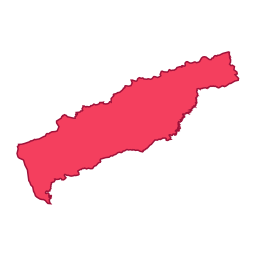 outline of Almeirim, Pará, Brazil, rotated 89°
{"feature_id": "56859067B32800664380983", "entity_name": "Almeirim", "entity_type": "district", "adm_level": 2, "iso_a3": "BRA", "parent_name": "Brazil", "parent_adm1": "Pará", "projection": "equal_earth", "projection_center": [-53.769, 0.405], "detail": "fine", "context": "isolated", "style": "filled", "palette": "rose", "viewbox_px": 256, "rotation_deg": 89, "n_neighbors": 0, "source": "geoboundaries", "source_scale": "gbopen_adm2", "svg_char_len": 5759}
<svg xmlns="http://www.w3.org/2000/svg" viewBox="0 0 256 256"><g transform="rotate(89 128 128)"><path d="M85.7,129.6L86.1,130.4L87.5,130.4L87.9,130.8L88.1,131.8L88.8,132.0L90.1,133.1L92.2,135.8L92.5,137.9L93.3,138.9L94.0,141.8L94.7,142.1L95.5,141.6L98.2,144.3L101.9,144.4L101.4,145.4L101.5,145.9L103.0,146.9L103.4,148.2L103.6,150.0L103.2,152.2L102.6,152.5L101.8,152.2L102.1,153.5L102.0,154.0L102.3,154.3L101.9,155.5L102.2,155.9L103.1,156.1L103.5,157.1L104.0,157.8L104.3,160.0L103.5,161.7L104.7,163.1L105.0,163.8L105.0,164.8L105.9,165.4L106.2,166.8L105.8,168.8L106.1,169.2L106.1,170.2L105.3,171.3L105.2,172.6L106.2,172.6L108.0,173.6L109.5,173.0L110.0,173.5L110.2,175.0L111.3,175.9L111.6,179.2L112.4,178.3L113.6,178.5L113.1,179.9L113.4,180.1L114.9,179.6L115.4,179.9L115.7,180.7L117.3,180.7L117.2,182.4L115.7,188.4L114.3,189.6L114.3,190.0L113.6,191.1L114.4,193.0L114.9,192.9L115.3,193.9L117.0,194.6L119.8,199.3L121.7,199.3L125.5,197.0L129.6,198.8L130.2,200.4L130.5,204.2L131.5,206.2L132.2,207.0L132.2,209.2L132.9,210.0L134.6,210.7L135.1,212.4L137.4,217.0L138.0,220.8L137.8,221.8L138.6,222.8L139.2,224.8L139.3,225.8L140.0,226.5L141.6,231.4L142.4,234.6L142.5,237.7L143.7,237.5L144.5,238.8L146.9,238.2L151.6,239.4L154.3,238.7L155.4,238.2L156.3,237.1L157.9,233.5L158.6,232.9L163.2,231.7L168.1,229.3L178.9,228.1L180.5,227.1L183.2,226.2L185.2,224.3L189.7,223.5L191.6,222.5L194.2,221.7L195.6,220.2L197.5,217.2L198.0,215.3L198.1,213.6L199.1,211.9L200.8,210.6L202.0,209.4L202.3,206.7L201.1,207.6L198.2,208.0L196.7,206.3L195.9,208.0L195.6,208.2L195.2,207.7L195.2,206.0L194.5,205.8L194.1,206.1L194.4,207.6L194.2,208.3L192.8,208.1L191.8,208.6L191.5,209.2L192.1,210.7L191.8,211.5L191.2,211.6L190.2,211.2L189.7,210.7L189.9,208.9L189.4,207.1L188.3,207.2L187.3,206.2L185.5,206.4L184.9,206.0L183.6,206.1L182.5,205.5L181.3,205.5L180.4,202.8L178.8,201.8L177.8,202.2L177.7,201.7L178.1,200.9L178.2,200.0L178.0,197.8L177.4,197.0L177.3,196.3L177.7,195.5L178.6,195.1L178.7,193.3L178.0,192.2L176.7,190.9L176.2,191.5L174.4,192.4L173.5,192.3L173.3,192.0L173.5,191.2L174.3,189.9L174.2,188.6L174.9,186.7L175.1,185.5L174.9,183.9L174.4,182.4L174.6,181.8L174.5,180.5L174.0,178.4L173.5,177.8L171.7,178.1L170.7,178.9L170.1,178.9L168.6,176.3L168.7,175.4L168.1,174.9L167.6,173.9L167.8,172.9L167.3,172.0L168.2,170.2L167.5,168.3L168.1,165.9L167.9,164.1L165.9,162.7L165.4,162.0L165.1,160.7L162.3,158.1L161.7,156.3L160.7,155.9L159.7,156.5L158.6,155.9L157.2,150.8L156.9,147.4L155.5,145.6L155.7,143.8L155.0,143.3L154.1,140.6L152.5,138.7L152.1,136.8L152.5,135.3L151.9,134.0L151.0,133.3L150.8,131.8L149.5,129.6L149.5,129.2L150.0,128.1L149.7,125.9L150.2,124.2L149.7,123.5L150.1,122.4L149.9,122.0L150.5,121.0L150.3,119.3L150.5,118.0L151.5,116.3L152.1,113.8L151.4,113.1L150.8,113.3L150.1,111.5L149.1,110.5L148.9,109.5L148.3,109.2L148.0,108.6L145.7,106.6L144.7,104.9L140.5,101.3L140.6,98.6L139.9,97.7L139.8,96.7L140.1,96.0L139.6,95.2L139.6,94.6L138.8,93.7L138.7,91.2L138.9,90.4L139.5,89.9L140.5,90.2L141.0,89.6L141.1,88.5L140.8,87.8L140.3,87.3L140.0,85.3L139.5,85.9L138.2,85.5L136.2,86.9L135.7,86.9L135.4,86.0L136.3,84.4L136.0,83.7L135.0,83.2L134.8,82.1L135.9,81.3L135.7,80.3L134.9,79.8L134.5,80.5L133.6,79.4L132.1,80.0L131.8,80.6L131.5,80.5L131.0,79.9L131.8,79.1L131.9,77.7L131.6,76.9L131.2,77.1L130.7,78.7L130.4,78.7L130.1,78.0L129.6,78.4L129.2,78.1L129.1,77.5L129.8,76.4L129.0,75.7L128.7,75.9L129.0,77.0L128.4,77.5L128.4,78.0L127.5,77.6L127.3,76.9L127.0,77.5L126.8,77.5L125.7,76.1L125.0,76.6L125.6,77.2L125.6,77.7L123.9,77.7L124.2,77.0L122.6,77.2L122.9,75.5L122.3,75.1L122.2,74.5L121.4,74.4L121.2,75.1L120.6,75.4L120.5,75.1L120.9,74.8L121.0,73.8L120.0,73.8L119.9,73.2L119.5,73.0L119.2,73.6L118.8,73.3L118.4,73.4L118.1,72.7L118.3,72.0L117.9,71.2L117.2,71.3L117.5,71.9L117.3,72.2L116.8,71.9L116.2,72.5L115.7,72.2L115.3,72.5L115.3,72.9L115.0,72.8L115.1,70.9L114.5,69.6L113.9,69.6L113.8,69.2L114.4,67.6L113.8,68.1L113.4,67.6L113.3,67.3L113.6,66.7L113.2,66.2L113.4,65.9L112.9,65.7L112.8,65.0L111.9,64.9L111.4,64.2L111.0,65.8L110.6,64.6L109.6,63.8L109.6,63.2L109.0,63.2L108.8,62.8L108.3,63.0L108.2,61.6L107.2,61.6L107.6,60.8L107.3,61.0L106.6,60.5L106.6,59.9L105.2,59.9L105.0,59.3L104.0,58.8L103.6,59.7L103.0,59.0L102.2,58.9L101.8,59.3L100.7,59.0L100.5,59.4L99.9,59.2L99.7,59.6L99.0,59.6L98.0,58.4L96.7,58.1L96.7,57.7L96.3,58.1L95.5,57.7L94.6,57.9L93.9,58.5L92.9,58.7L92.1,58.6L91.8,58.2L91.1,58.4L90.1,58.2L89.8,57.0L90.0,56.6L89.9,56.2L90.5,55.3L90.3,55.3L90.3,54.9L89.8,54.3L89.8,53.1L89.4,52.2L89.1,49.8L89.8,48.2L89.1,47.8L89.2,46.9L88.4,46.4L87.6,44.7L87.8,44.0L87.6,43.1L87.8,42.6L87.5,41.6L87.9,41.2L87.8,39.7L88.7,38.4L88.7,37.9L89.2,37.5L89.4,37.0L89.4,36.4L87.6,33.1L87.7,32.2L87.9,32.0L87.8,31.6L88.3,30.8L87.7,29.2L85.2,25.6L85.3,24.6L82.9,20.3L82.2,17.0L80.3,16.6L76.6,20.0L75.8,17.8L73.9,18.2L71.6,21.1L68.4,20.5L67.0,22.5L67.4,23.9L65.9,25.4L64.2,24.4L61.6,24.2L60.6,24.5L60.5,24.9L58.9,25.2L58.8,24.4L56.6,25.5L55.6,25.3L55.0,25.7L54.1,25.3L53.7,26.2L55.1,31.9L56.8,35.4L56.9,37.3L57.6,38.0L57.2,39.1L57.2,39.8L58.2,41.0L59.4,41.5L59.5,42.7L61.1,43.8L60.9,45.6L58.4,48.8L58.1,50.5L58.3,51.9L59.4,53.3L62.4,55.0L63.2,55.8L63.5,56.6L63.9,58.4L63.2,59.7L63.2,60.6L63.9,62.2L64.3,64.0L63.9,65.5L62.8,67.3L62.7,67.9L62.9,68.6L63.6,69.5L64.8,69.9L66.2,69.6L67.0,70.1L67.1,70.9L66.6,72.4L66.7,73.0L67.8,72.9L68.0,73.4L67.5,74.7L68.4,78.0L69.7,78.8L71.1,80.9L70.9,81.8L71.3,84.2L70.4,85.3L70.6,85.9L72.1,86.7L72.8,87.6L72.5,91.2L71.8,92.8L72.0,93.7L75.0,94.9L75.9,94.3L76.6,94.5L77.8,96.7L78.0,97.6L77.1,100.2L77.1,101.4L79.2,103.2L79.7,104.5L79.1,107.1L79.6,108.1L79.3,110.8L79.1,111.5L78.2,112.3L78.6,113.9L77.9,115.6L78.3,116.6L79.1,117.5L80.8,118.1L81.3,118.8L81.2,119.9L80.2,122.8L80.2,124.0L82.9,123.0L85.7,124.3L86.2,126.6L85.7,129.6Z" fill="#f43f5e" stroke="#9f1239" stroke-width="1.5"/></g></svg>